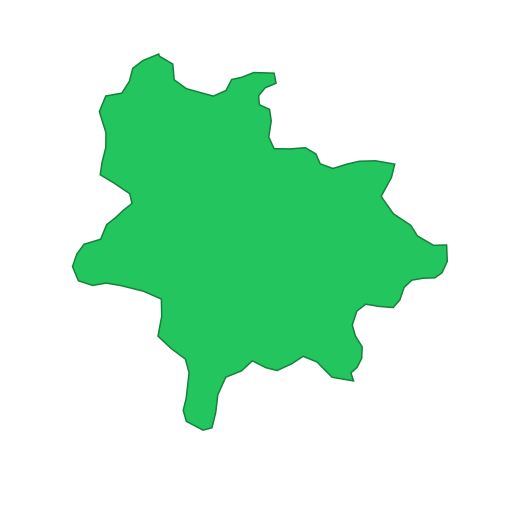 Buyeo-gun, South Chungcheong, South Korea, rotated 14°
{"feature_id": "91817680B35509676151777", "entity_name": "Buyeo-gun", "entity_type": "district", "adm_level": 2, "iso_a3": "KOR", "parent_name": "South Korea", "parent_adm1": "South Chungcheong", "projection": "robinson", "projection_center": [126.867, 36.225], "detail": "fine", "context": "isolated", "style": "filled", "palette": "green", "viewbox_px": 512, "rotation_deg": 14, "n_neighbors": 0, "source": "geoboundaries", "source_scale": "gbopen_adm2", "svg_char_len": 1380}
<svg xmlns="http://www.w3.org/2000/svg" viewBox="0 0 512 512"><g transform="rotate(14 256 256)"><path d="M368.4,133.3L348.9,134.7L333.5,139.0L322.5,144.6L309.3,152.5L296.0,151.0L289.4,142.5L277.7,139.0L263.0,143.9L247.6,147.5L239.6,137.5L238.1,121.2L233.7,110.5L222.7,108.4L219.8,99.8L224.2,90.6L233.7,83.5L229.3,74.2L209.5,78.5L198.5,86.3L189.7,90.6L186.8,102.7L175.8,111.2L147.9,110.5L134.0,104.8L128.8,89.9L114.2,85.6L112.7,83.6L99.0,93.7L91.0,103.7L90.9,117.1L86.4,130.4L71.5,137.1L69.1,153.8L80.6,172.7L84.0,187.1L84.0,202.7L85.2,214.9L100.1,219.4L118.4,226.1L123.0,235.0L116.1,243.9L110.4,252.8L103.5,261.7L101.2,277.3L86.3,286.2L81.7,297.3L80.5,310.7L84.4,315.9L89.7,323.0L104.6,324.1L117.2,318.5L132.1,317.4L155.1,317.4L174.6,320.7L179.1,337.4L180.3,357.5L196.3,366.4L212.4,373.1L219.3,385.4L222.7,411.0L222.7,423.3L228.4,433.3L246.8,437.8L254.8,433.3L254.8,417.7L252.5,399.9L256.0,380.9L269.8,370.9L277.8,358.6L292.7,362.0L304.2,362.0L316.8,351.9L326.0,341.9L340.9,344.1L350.0,349.7L359.2,355.3L380.9,353.6L376.4,346.4L381.0,339.7L383.3,329.6L381.0,318.5L371.8,309.6L366.1,299.6L367.2,285.1L374.1,276.2L387.9,275.1L401.6,272.8L406.2,263.9L407.3,250.6L413.1,241.7L423.4,237.2L434.8,233.9L440.6,227.2L442.9,214.9L438.3,199.2L425.7,202.7L407.8,197.5L398.8,188.8L379.1,181.8L363.0,167.9L368.4,147.1L368.4,133.3Z" fill="#22c55e" stroke="#15803d" stroke-width="1.5"/></g></svg>